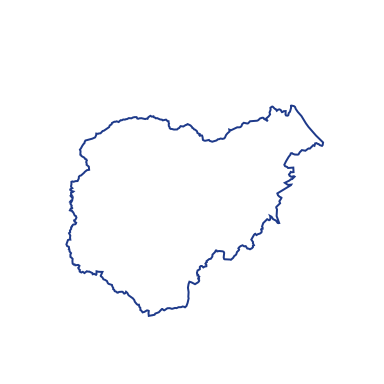 Amboasary-Atsimo, Anosy, Madagascar, rotated 242°
{"feature_id": "10022922B61088153240222", "entity_name": "Amboasary-Atsimo", "entity_type": "district", "adm_level": 2, "iso_a3": "MDG", "parent_name": "Madagascar", "parent_adm1": "Anosy", "projection": "mercator", "projection_center": [46.389, -24.509], "detail": "fine", "context": "isolated", "style": "outline", "palette": "blue", "viewbox_px": 384, "rotation_deg": 242, "n_neighbors": 0, "source": "geoboundaries", "source_scale": "gbopen_adm2", "svg_char_len": 6008}
<svg xmlns="http://www.w3.org/2000/svg" viewBox="0 0 384 384"><g transform="rotate(242 192 192)"><path d="M199.2,56.4L198.8,56.7L196.9,56.0L194.8,56.5L193.9,55.3L192.0,54.3L191.4,54.2L190.9,54.7L189.0,55.2L187.2,54.0L184.8,53.0L183.4,53.5L183.2,54.4L182.1,54.5L181.1,57.2L179.8,58.0L178.9,57.2L178.5,56.0L177.7,55.8L175.7,56.4L175.2,55.7L174.4,55.5L172.9,56.5L172.8,58.1L170.9,59.0L171.4,61.9L170.4,62.9L170.1,63.8L167.2,66.0L166.0,65.7L165.6,67.2L163.9,68.4L164.1,68.9L166.8,70.5L165.4,72.1L163.5,75.4L160.8,72.0L160.4,72.0L158.6,72.8L156.5,72.8L155.2,74.0L153.3,75.1L151.3,74.9L150.1,75.2L147.5,77.7L146.0,77.3L144.2,77.4L143.3,76.8L142.0,77.4L140.7,77.2L139.3,78.5L138.3,78.7L137.9,79.3L138.0,80.7L136.8,83.4L136.4,83.9L134.3,84.3L134.0,84.7L134.0,85.6L134.9,86.9L133.3,87.5L130.6,87.5L125.8,89.9L123.6,90.3L122.0,90.0L118.9,90.6L117.8,91.2L117.4,92.2L115.2,91.6L114.1,92.0L112.0,91.0L111.3,91.5L108.9,91.9L108.5,93.7L108.6,96.6L108.1,97.4L107.3,98.0L105.2,96.6L102.9,95.7L101.2,101.3L101.9,102.5L101.4,106.2L102.8,110.4L102.6,110.9L101.0,111.5L100.5,112.1L100.9,115.7L99.9,117.8L98.3,119.4L98.1,120.0L97.6,122.6L96.7,123.9L96.6,126.0L95.4,128.4L95.3,130.0L94.2,131.3L93.5,131.7L93.9,133.5L96.1,136.0L99.7,139.1L101.1,139.5L105.2,142.0L109.4,143.5L112.3,145.7L114.0,147.6L112.5,149.1L109.2,151.4L109.4,154.9L109.8,156.1L110.3,156.7L111.6,156.7L111.8,157.2L112.6,157.0L112.7,157.6L113.4,157.6L113.8,158.6L114.6,158.3L115.8,158.5L115.9,157.7L118.3,158.4L120.1,160.1L120.1,162.6L122.2,163.8L122.5,165.0L122.0,166.0L120.1,166.6L120.2,168.1L119.7,169.8L121.0,170.5L122.4,170.2L123.1,171.3L123.1,172.1L124.1,172.4L124.7,175.7L124.2,177.2L125.4,179.6L127.1,180.7L128.1,184.0L129.2,185.6L128.9,186.2L127.7,186.4L127.2,188.2L125.3,191.1L124.4,191.9L123.1,191.8L119.4,189.3L117.9,188.9L117.3,189.2L114.4,194.1L113.9,194.5L114.5,197.3L115.8,199.6L115.7,200.6L116.2,201.8L117.9,203.6L118.6,206.0L119.1,206.6L120.5,206.5L121.1,207.9L121.4,209.6L121.2,211.6L119.5,212.6L119.0,214.0L116.1,214.3L115.5,215.3L114.2,216.3L114.2,218.5L114.7,219.9L115.9,220.5L115.9,221.7L118.2,221.7L119.1,222.4L122.1,222.0L125.1,226.7L125.4,227.8L125.4,228.2L123.7,228.7L123.8,230.5L123.4,232.4L123.7,234.3L124.9,235.3L126.4,235.4L126.8,236.0L126.4,237.1L127.6,237.7L128.6,237.6L131.1,240.3L132.7,245.6L130.9,246.8L130.8,247.5L131.5,248.5L133.3,249.6L134.2,249.7L132.8,250.6L129.9,250.9L127.4,252.7L124.5,253.1L124.0,253.5L123.7,254.4L131.0,255.4L136.8,258.9L138.6,259.0L139.2,259.4L140.7,264.5L142.8,264.8L144.5,267.9L145.0,268.3L146.8,267.0L148.8,266.4L150.7,266.7L151.6,282.6L151.9,283.1L152.9,280.7L153.5,279.9L156.5,278.3L156.4,283.4L156.8,285.3L156.4,286.5L157.4,289.8L158.1,289.4L158.8,286.8L160.5,285.8L162.0,285.9L162.4,287.1L163.4,288.6L162.6,289.3L161.9,291.0L166.0,292.9L168.1,288.1L169.5,287.7L171.1,286.3L172.7,286.3L175.0,289.5L177.6,293.8L178.8,296.5L179.7,297.3L179.4,298.5L178.3,299.0L176.8,300.4L175.4,302.8L175.2,303.7L176.5,305.8L177.4,308.7L175.2,311.5L175.7,314.7L175.7,315.4L175.0,316.4L176.4,321.0L175.3,321.8L177.1,323.6L176.7,324.9L175.6,325.4L174.9,326.3L173.5,326.8L171.7,328.4L172.1,329.4L174.2,331.0L183.6,328.0L194.8,325.4L199.1,324.8L207.7,324.3L213.1,323.0L216.7,322.6L218.7,322.9L220.0,322.3L221.6,320.4L221.7,319.9L219.7,318.9L216.9,316.2L216.2,314.4L214.6,313.1L214.5,312.3L215.4,311.0L216.4,310.9L219.5,312.7L220.3,310.9L220.1,309.5L220.3,308.9L222.8,308.8L223.9,308.0L224.3,306.7L223.9,305.0L226.0,304.8L226.5,304.2L229.3,303.4L229.8,302.9L229.6,300.8L227.7,300.0L225.8,297.8L223.9,297.4L222.8,295.2L222.0,291.8L218.9,292.1L220.9,291.2L222.5,290.0L223.9,289.9L224.6,288.9L225.0,286.5L224.3,284.3L224.4,282.9L227.2,276.5L226.3,273.8L226.5,273.0L228.8,270.2L228.4,268.3L226.9,266.5L226.6,265.2L226.9,264.1L227.9,262.3L228.2,255.5L229.6,254.2L227.8,253.6L227.1,250.7L226.3,248.8L224.6,246.7L224.2,245.6L224.5,244.0L225.8,242.3L225.9,240.8L226.4,239.5L226.0,237.9L226.9,233.5L228.9,231.6L230.0,231.4L230.9,228.1L231.5,227.0L232.9,226.1L235.5,227.1L237.1,227.4L237.9,226.4L237.9,225.4L238.9,225.2L239.5,226.0L241.5,224.5L243.3,224.9L245.4,224.1L246.4,223.2L247.6,223.1L248.4,222.4L249.4,222.5L251.5,221.9L253.9,220.1L254.1,219.8L253.8,219.0L254.1,217.8L253.9,215.1L255.5,212.8L254.5,210.7L254.6,209.7L254.2,208.3L255.6,205.4L257.2,203.7L257.8,202.7L258.8,202.3L259.9,202.7L261.0,202.5L262.5,203.1L263.1,203.8L264.2,203.9L265.5,204.5L266.1,203.7L268.1,203.0L269.0,199.8L270.0,199.4L271.1,197.8L273.5,196.0L274.1,194.6L274.7,194.5L276.0,193.4L276.9,193.5L277.3,192.0L278.8,191.0L278.5,188.5L277.5,187.1L278.1,186.5L278.4,184.9L280.9,182.0L281.7,180.3L281.9,179.0L282.5,178.2L284.1,178.2L285.0,176.6L285.5,175.0L285.5,173.1L286.9,170.9L286.9,168.7L287.3,168.0L287.4,166.8L288.3,165.3L288.3,163.6L288.9,162.6L288.2,160.1L289.8,158.6L289.9,157.6L290.5,156.4L290.5,153.7L289.5,152.7L289.4,150.6L288.2,149.3L287.5,143.0L287.8,141.7L286.8,138.8L287.5,137.0L287.5,136.3L288.5,134.9L287.2,134.1L285.7,132.1L285.9,129.0L287.5,122.1L286.8,121.0L285.5,119.8L285.5,119.2L284.4,117.0L282.6,114.3L282.0,112.9L280.5,112.8L277.3,110.9L276.8,111.3L275.6,111.3L272.8,113.1L271.5,113.1L270.4,114.0L269.8,113.8L269.3,114.0L268.1,112.6L266.9,112.5L265.5,111.7L262.9,112.8L259.9,111.6L260.6,109.4L260.1,106.7L259.7,105.9L258.7,101.8L259.0,100.5L258.6,99.3L257.0,98.3L255.4,96.1L256.3,94.2L256.6,92.3L257.5,91.3L257.6,90.3L255.3,89.1L253.9,87.9L252.7,87.7L251.6,88.1L251.5,85.8L251.1,85.5L249.2,86.4L248.1,87.5L247.9,86.6L248.3,85.0L246.5,84.0L245.6,84.3L245.5,83.0L243.7,83.4L243.5,84.2L242.9,84.0L241.0,82.3L241.2,81.2L240.8,80.3L240.2,81.4L239.4,80.2L239.3,79.4L238.1,79.1L236.5,79.4L235.6,78.6L234.0,78.7L233.8,78.3L234.2,77.1L233.1,75.6L231.4,77.3L230.5,77.2L229.9,77.6L226.3,77.4L225.2,78.2L223.6,77.9L222.2,75.9L222.3,74.6L221.2,74.4L219.2,75.3L218.6,74.6L218.3,73.9L219.0,71.7L218.4,70.2L217.8,69.9L217.6,68.7L216.2,68.0L215.2,66.1L213.8,65.6L213.4,64.1L210.7,64.1L209.0,62.9L207.1,62.2L207.6,61.4L207.8,59.9L204.7,56.5L202.8,56.4L201.5,57.5L199.6,56.9L199.2,56.4Z" fill="none" stroke="#1e3a8a" stroke-width="2"/></g></svg>